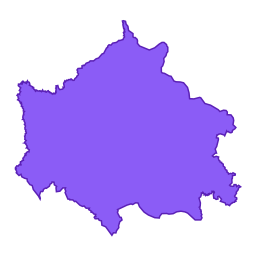 Pak Chong, Nakhon Ratchasima, Thailand (Albers equal-area conic projection)
{"feature_id": "78962969B19960010769064", "entity_name": "Pak Chong", "entity_type": "district", "adm_level": 2, "iso_a3": "THA", "parent_name": "Thailand", "parent_adm1": "Nakhon Ratchasima", "projection": "albers", "projection_center": [101.393, 14.643], "detail": "fine", "context": "isolated", "style": "filled", "palette": "violet", "viewbox_px": 256, "rotation_deg": 0, "n_neighbors": 0, "source": "geoboundaries", "source_scale": "gbopen_adm2", "svg_char_len": 5700}
<svg xmlns="http://www.w3.org/2000/svg" viewBox="0 0 256 256"><path d="M40.1,199.1L40.3,198.3L39.4,195.2L40.6,191.9L41.1,191.4L42.4,191.6L43.1,191.0L43.4,189.4L45.4,188.1L46.4,188.3L49.4,186.2L50.1,184.1L51.6,183.3L52.0,182.0L54.0,182.2L54.3,184.8L56.6,186.4L56.0,187.8L56.4,191.7L59.9,191.2L62.9,187.9L65.5,187.9L65.0,189.4L65.8,191.1L65.1,192.6L67.9,199.1L69.6,199.2L69.7,199.8L72.8,199.9L74.5,201.6L75.8,201.3L79.9,205.2L82.5,206.4L84.1,206.0L86.1,208.2L89.4,208.2L88.7,209.6L91.0,210.9L91.1,212.9L91.4,211.9L92.3,212.2L93.8,214.0L95.8,214.4L95.4,215.6L95.8,216.5L94.7,216.5L94.2,217.3L95.2,218.8L98.3,218.7L99.2,220.3L101.4,220.8L101.9,225.2L105.7,226.8L111.9,235.3L113.4,232.8L115.9,232.9L116.5,230.8L118.8,227.6L118.6,225.6L119.8,221.7L122.0,220.0L121.2,217.4L119.8,217.2L117.9,213.6L117.4,212.2L118.1,210.8L117.5,209.6L127.0,205.1L131.0,203.9L132.7,204.5L135.6,202.8L138.0,203.0L139.5,206.7L144.1,212.1L148.4,215.0L154.8,217.7L159.3,218.0L159.7,216.3L161.8,213.6L166.8,213.5L168.9,214.1L173.1,213.7L176.7,211.8L181.0,211.2L185.0,211.9L187.7,213.1L195.1,219.9L200.8,219.9L202.0,217.8L201.2,216.0L201.9,214.6L201.1,213.1L201.2,211.3L200.7,211.1L201.0,210.1L199.8,208.9L200.0,207.1L199.4,207.0L200.2,205.9L200.4,202.9L199.0,198.1L200.7,196.7L201.5,194.1L201.3,193.0L202.1,192.8L202.8,193.3L203.0,192.4L204.4,194.2L205.1,193.8L205.3,194.3L204.6,194.8L205.4,194.8L205.6,195.4L206.2,194.7L206.8,195.2L207.2,194.6L207.8,195.3L208.4,194.8L208.6,195.5L208.6,193.7L209.3,193.5L209.4,194.3L210.1,193.6L211.1,193.7L211.9,193.0L212.0,191.5L213.2,192.2L213.1,191.3L213.7,191.3L214.4,192.2L213.3,194.5L213.8,198.2L214.7,198.3L216.1,199.4L218.0,199.0L217.8,196.6L219.0,196.3L221.5,199.2L220.4,201.3L225.2,202.9L225.9,204.9L227.6,204.5L229.6,205.6L230.4,204.2L232.2,203.1L232.3,202.6L234.6,202.2L234.7,201.4L235.9,201.2L235.5,200.4L236.8,199.1L236.6,197.7L235.2,197.2L234.6,196.1L236.5,193.2L236.2,192.2L238.1,189.9L238.6,187.9L240.6,186.8L238.6,185.3L236.7,186.6L236.0,184.6L234.0,184.6L233.8,186.1L233.0,186.4L230.4,186.0L229.6,185.2L232.0,182.8L231.8,179.0L232.3,178.7L232.5,175.7L235.2,175.1L235.3,174.0L233.0,172.8L232.1,173.8L230.5,173.4L228.5,174.0L228.2,172.8L226.8,171.9L227.1,171.1L226.7,170.1L225.7,169.8L224.7,168.2L225.0,167.4L223.3,166.1L223.2,164.1L221.5,163.1L221.6,162.4L220.1,162.0L219.8,160.8L219.1,160.6L218.3,158.5L218.6,157.0L216.2,156.3L213.9,157.1L212.4,155.9L215.2,153.2L216.5,153.1L215.2,149.0L216.7,146.4L218.4,139.6L218.3,138.1L216.4,137.8L216.9,135.0L217.6,135.1L218.4,134.3L220.4,133.8L224.1,135.0L224.7,135.8L226.7,131.1L227.0,131.8L228.5,131.6L229.2,132.4L230.9,132.8L232.2,132.1L232.5,130.4L234.9,128.8L235.9,127.5L233.0,124.7L233.7,120.5L233.2,117.9L231.0,114.9L227.2,114.7L227.3,112.0L226.1,110.5L223.6,110.2L219.9,111.5L218.2,109.7L210.6,105.2L204.9,103.5L200.8,97.8L199.7,97.4L193.9,98.9L189.6,98.7L189.0,92.9L187.5,87.4L183.6,82.8L180.4,82.0L176.0,81.8L173.9,81.0L171.1,76.3L169.1,75.9L164.6,73.4L162.1,72.9L161.4,72.0L161.3,67.4L162.7,65.8L164.1,61.6L163.7,58.5L166.0,55.7L166.7,53.0L167.8,51.7L167.8,47.2L166.8,46.0L166.5,44.5L164.0,42.4L162.0,42.4L159.2,44.1L154.7,47.8L149.3,50.0L139.6,46.0L137.4,43.3L137.5,40.7L137.1,39.3L135.2,37.5L134.1,37.6L133.0,36.9L133.0,33.6L128.6,30.5L127.9,26.3L126.1,24.1L125.5,21.3L123.3,20.7L122.4,21.0L122.9,23.0L123.4,23.0L122.9,24.7L123.7,28.7L124.2,28.6L124.6,29.5L124.2,30.4L124.8,31.4L124.7,32.1L123.8,32.0L123.4,32.6L124.3,34.5L123.6,35.7L124.4,36.0L124.5,37.1L123.4,38.3L123.1,39.5L119.6,40.6L119.0,40.3L116.5,42.4L112.7,43.1L111.0,45.1L109.0,44.8L107.7,46.2L107.6,47.4L106.5,48.0L103.7,53.4L102.1,53.9L98.6,58.0L96.1,58.8L93.6,60.9L90.2,60.9L89.2,62.1L86.2,63.2L84.4,65.5L83.2,65.2L82.7,66.0L82.0,65.9L82.0,68.2L78.0,68.5L77.0,70.0L77.7,71.1L77.4,72.6L78.5,73.8L78.1,75.2L76.8,76.2L76.6,77.2L74.9,78.6L74.1,80.3L72.9,80.4L71.1,78.9L70.5,79.2L70.6,79.7L68.4,79.6L67.8,80.5L66.5,80.2L65.7,81.4L65.0,81.0L65.1,81.8L64.5,81.7L63.6,83.3L64.3,87.1L64.0,87.6L63.1,87.4L63.4,88.0L62.6,89.1L59.7,89.6L58.5,88.0L57.8,85.5L56.0,85.9L56.3,87.3L55.7,88.1L56.2,88.7L55.7,92.1L56.1,92.2L55.4,93.7L54.3,93.8L53.9,93.1L52.9,94.0L52.7,93.5L51.5,93.6L51.1,92.8L49.9,92.7L49.7,91.8L48.9,91.9L48.3,90.7L47.2,91.1L46.6,92.1L45.8,92.0L45.1,91.0L44.5,91.5L43.1,91.2L42.6,90.0L41.6,91.6L41.1,91.1L40.2,91.3L40.0,90.7L38.1,91.1L36.6,90.1L35.7,91.3L35.0,90.6L35.0,89.7L33.9,89.4L33.6,88.2L32.8,87.9L33.2,87.5L32.6,87.4L32.7,86.9L29.4,85.2L29.9,84.4L29.3,82.4L28.4,81.9L27.5,82.1L27.4,81.0L26.6,82.0L26.4,83.4L24.8,82.6L24.9,82.2L23.9,82.4L23.3,81.5L22.9,82.0L22.5,81.4L21.7,82.2L22.4,83.5L22.0,84.2L20.6,83.3L19.8,84.3L18.5,84.1L18.3,85.7L20.7,87.8L19.3,90.6L20.7,91.6L19.3,93.9L19.5,94.5L18.0,94.0L17.0,95.4L18.0,96.1L18.1,97.4L18.7,98.4L17.6,99.8L19.4,100.7L19.6,101.8L21.1,102.3L20.5,103.0L21.4,103.4L21.0,103.9L21.7,104.6L21.3,106.2L22.6,106.7L22.4,107.8L23.5,109.0L23.3,111.0L24.5,111.4L23.5,112.8L23.8,114.8L23.2,115.0L22.8,117.3L23.2,118.6L22.6,119.4L23.5,119.4L24.1,120.0L24.0,120.9L24.9,122.6L25.1,123.9L24.4,124.3L25.5,126.0L24.9,127.6L25.1,129.5L25.8,129.8L25.6,131.6L26.3,132.1L26.3,133.3L25.3,133.6L25.2,135.7L24.6,136.1L25.0,137.8L24.8,139.4L26.2,140.5L25.0,141.8L24.7,142.4L25.1,143.0L24.7,143.1L25.8,143.4L25.6,143.9L27.2,146.1L26.4,147.9L27.5,147.7L27.8,148.8L29.3,149.8L28.9,151.7L28.5,151.3L26.6,152.4L26.1,153.1L26.3,153.8L25.0,154.0L25.7,155.4L24.8,155.5L23.7,157.7L22.9,158.2L23.4,160.3L22.1,160.5L21.6,161.6L20.5,161.7L20.3,163.3L21.0,164.4L20.9,165.0L19.3,164.6L18.1,166.1L16.9,165.8L15.5,167.6L16.1,168.7L15.4,169.0L16.5,171.0L16.8,172.4L16.3,172.8L19.0,175.5L21.0,174.3L21.8,176.8L24.7,178.3L27.1,178.9L27.3,181.1L29.9,184.6L32.2,185.5L33.3,189.5L38.4,196.0L40.1,199.1Z" fill="#8b5cf6" stroke="#5b21b6" stroke-width="1.5"/></svg>